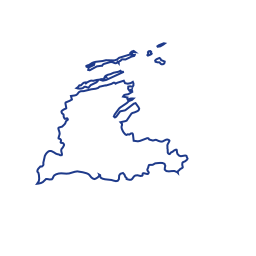 the border of Zadarska, rotated 118°
{"feature_id": "HRV-1493", "entity_name": "Zadarska", "entity_type": "County", "adm_level": 1, "iso_a3": "HRV", "parent_name": "Croatia", "parent_adm1": "", "projection": "equal_earth", "projection_center": [15.553, 44.407], "detail": "fine", "context": "isolated", "style": "outline", "palette": "blue", "viewbox_px": 256, "rotation_deg": 118, "n_neighbors": 0, "source": "natural_earth", "source_scale": "10m", "svg_char_len": 5916}
<svg xmlns="http://www.w3.org/2000/svg" viewBox="0 0 256 256"><g transform="rotate(118 128 128)"><path d="M144.2,62.9L143.9,63.8L144.2,66.9L145.6,69.3L147.1,71.5L148.0,73.9L147.5,76.0L145.9,76.8L143.9,77.3L142.5,79.0L142.7,81.1L143.7,83.2L146.1,86.9L146.6,87.5L148.9,88.9L149.6,90.1L150.2,91.3L151.0,92.1L152.4,91.9L153.3,91.6L155.0,91.5L155.9,91.3L156.6,90.5L157.1,89.4L157.7,88.7L158.9,88.7L159.6,89.4L160.5,92.9L161.2,93.6L162.0,93.4L162.8,93.0L163.5,93.1L164.5,94.4L165.3,97.5L166.5,99.2L167.5,99.8L168.7,100.1L171.0,100.4L172.2,101.0L172.9,102.1L173.4,103.7L173.7,105.3L172.8,105.8L172.4,107.4L170.8,109.3L170.1,111.3L172.0,113.2L174.0,113.5L177.5,112.0L179.5,112.3L180.6,113.7L181.2,115.9L181.7,118.3L184.1,124.3L184.7,126.7L184.7,128.6L184.2,129.5L182.7,130.5L182.7,131.4L183.0,131.0L184.1,131.1L185.8,131.5L187.8,132.7L188.8,133.6L189.1,134.9L188.9,136.9L188.5,138.0L187.6,140.0L187.3,141.3L187.4,143.2L188.3,147.1L190.1,152.4L191.7,154.5L195.8,158.7L197.2,160.9L199.4,165.8L200.8,167.9L202.6,169.7L203.7,170.4L204.6,170.9L205.6,171.0L208.1,170.9L209.1,171.2L210.3,173.1L210.8,174.9L211.5,176.4L215.7,177.8L217.4,179.0L218.9,180.7L219.9,182.1L216.8,181.8L214.5,182.6L211.3,184.6L209.6,186.1L209.2,187.3L208.8,187.7L207.8,188.1L206.1,188.1L203.1,187.3L202.5,186.0L201.2,185.5L200.6,185.4L200.1,185.5L199.6,185.7L198.6,186.4L191.7,188.3L189.7,188.3L188.0,188.0L185.9,187.2L184.9,186.1L184.4,185.0L184.3,184.0L184.3,181.6L184.5,179.8L184.3,178.1L183.8,176.6L183.9,175.4L183.8,174.9L183.1,173.8L182.1,174.0L179.6,176.2L178.5,176.7L177.7,176.8L175.8,176.4L173.4,176.4L172.8,176.6L172.5,176.9L172.1,177.6L171.9,178.1L172.0,178.9L172.5,180.0L172.5,180.4L172.2,180.8L170.5,181.2L169.9,181.8L169.6,182.6L169.8,184.4L169.4,184.7L165.9,185.4L165.2,185.6L163.7,186.7L161.8,188.7L161.2,189.2L160.8,189.4L160.5,189.4L159.9,189.1L157.7,186.8L154.3,185.7L153.1,185.6L151.2,185.9L150.7,185.8L149.3,185.1L148.9,185.1L148.6,185.2L148.1,185.9L148.0,186.2L148.2,186.6L149.5,187.9L149.5,188.2L149.3,188.7L148.5,189.8L147.9,190.3L146.6,191.0L146.3,191.4L146.0,193.1L145.6,193.7L144.9,194.4L144.3,194.5L143.7,194.4L141.8,193.4L139.7,191.8L139.4,191.8L135.8,194.7L135.2,195.0L134.7,195.0L131.3,192.2L129.2,190.9L126.5,193.4L124.4,190.5L123.2,189.2L121.8,188.6L120.4,188.4L119.5,188.2L118.8,187.8L117.8,187.1L116.2,184.4L111.0,178.5L108.5,175.0L106.8,173.3L104.9,172.5L100.9,167.9L100.9,167.5L96.7,163.2L95.6,162.6L94.7,161.9L94.3,161.0L94.7,159.8L93.2,158.8L88.2,153.9L89.8,151.7L89.0,149.0L87.0,146.6L85.0,145.4L86.1,144.1L87.9,143.2L89.5,143.4L90.2,145.8L91.3,147.2L93.3,146.3L94.3,144.4L92.1,142.8L92.9,142.6L93.0,142.4L93.4,142.8L94.2,142.8L93.7,141.3L93.4,140.8L98.1,143.7L100.0,146.2L101.1,147.0L102.6,147.1L101.3,142.8L102.1,142.6L102.6,142.2L103.3,141.1L102.0,140.7L101.0,139.8L100.1,138.5L99.4,137.0L101.2,137.6L103.9,139.9L106.6,140.8L113.4,144.4L114.9,145.0L122.4,146.1L124.5,145.9L124.8,144.5L123.5,143.7L117.2,142.8L116.7,142.4L113.9,139.0L113.1,138.5L103.8,134.3L102.5,133.0L104.6,128.7L105.0,128.1L105.7,127.2L106.5,127.0L107.3,127.0L108.0,127.2L109.1,127.9L111.2,129.6L112.6,131.1L113.6,131.7L122.2,132.7L123.3,133.7L126.4,137.3L127.2,135.2L128.4,134.6L129.3,134.5L130.5,134.0L131.6,133.1L133.1,131.2L133.9,129.9L134.5,128.5L134.9,127.3L134.9,126.4L134.8,126.0L133.7,125.3L133.5,124.9L133.3,124.0L133.1,123.7L131.4,122.8L131.0,122.2L130.7,121.6L131.0,121.0L131.8,120.3L136.6,117.0L135.1,113.0L133.7,111.3L128.0,106.3L127.6,105.5L127.6,104.9L128.1,104.1L128.2,103.8L127.4,100.2L126.9,99.6L125.5,98.1L125.2,97.3L125.1,95.0L124.7,93.1L124.2,91.9L123.6,91.1L121.4,89.6L120.7,89.1L119.8,88.1L119.5,87.0L119.5,85.9L119.7,85.5L120.4,85.3L123.8,85.3L124.6,85.2L125.2,84.9L126.3,84.2L127.4,83.7L128.3,82.9L131.0,81.4L131.5,80.7L131.7,79.8L131.6,79.2L131.3,78.9L129.7,78.6L129.1,78.4L128.1,77.5L126.5,76.9L125.0,75.9L124.5,75.3L124.4,74.9L124.6,74.6L126.5,73.3L127.7,72.1L128.4,69.8L128.1,68.1L125.6,64.8L125.3,64.2L125.2,63.7L125.2,63.3L125.3,63.1L126.1,62.4L127.0,61.1L127.6,61.0L128.5,61.1L130.5,61.9L132.5,63.5L133.3,63.6L135.1,62.8L136.8,61.3L137.2,61.2L137.7,61.3L139.9,62.7L141.3,63.0L142.1,63.5L143.4,63.5L144.2,62.9ZM88.2,184.4L95.0,188.9L95.4,190.4L93.0,191.1L88.3,187.6L87.1,187.9L87.5,188.3L88.2,189.5L90.6,191.2L91.1,191.7L91.9,192.2L92.6,192.1L93.1,192.2L93.4,193.3L92.9,193.9L92.0,193.4L91.1,192.5L90.8,192.1L87.4,190.2L86.0,189.0L84.6,187.4L80.8,181.9L78.5,179.3L74.7,171.7L72.8,169.9L70.2,168.8L62.1,160.7L61.9,159.3L61.4,158.2L60.2,156.4L60.7,156.3L61.5,156.4L63.3,158.4L68.7,162.4L70.1,165.4L70.9,165.8L72.2,166.2L73.0,166.9L73.9,167.3L75.2,166.6L74.5,168.3L75.8,168.5L76.6,169.2L77.0,170.4L77.1,172.1L77.5,173.6L78.4,174.9L82.8,179.4L83.9,180.0L85.3,180.1L85.6,180.8L88.2,184.4ZM103.2,182.3L102.7,180.9L100.2,178.1L99.3,176.8L101.1,176.8L102.7,177.4L107.7,181.1L111.0,181.8L111.2,182.5L111.5,184.6L111.7,185.3L112.3,185.9L113.6,186.4L114.3,186.9L115.1,187.8L115.9,189.1L116.6,190.6L116.9,192.1L115.5,191.4L113.2,191.0L112.8,190.5L112.7,189.9L112.3,189.5L109.8,188.8L108.6,188.1L107.7,186.9L108.2,186.6L108.4,186.1L107.1,185.6L105.4,184.5L103.9,183.3L103.2,182.3ZM98.7,175.9L97.5,174.7L96.6,173.0L95.7,171.9L94.7,172.5L94.1,172.5L94.0,172.0L93.4,170.8L92.4,172.2L90.6,170.9L88.6,168.7L86.0,166.7L82.8,162.8L81.0,161.5L81.2,161.0L81.7,160.7L80.4,158.1L95.9,169.9L98.0,172.4L98.7,175.9ZM55.4,131.4L56.1,132.6L56.6,134.8L55.6,135.7L54.1,135.2L53.1,134.5L51.4,133.1L51.5,132.1L52.5,130.6L52.1,126.8L52.9,126.5L54.0,126.3L55.1,126.9L55.9,128.0L56.0,129.2L55.2,131.0L55.4,131.4ZM51.7,142.0L53.0,142.9L54.7,144.4L54.5,145.1L53.2,145.1L52.3,145.3L51.7,146.0L50.6,145.8L49.6,144.5L49.8,143.5L50.7,143.5L51.1,143.1L51.1,142.1L51.7,142.0ZM37.8,136.0L40.7,137.8L42.3,139.9L42.0,140.4L40.4,139.6L36.4,136.2L36.1,135.2L37.8,136.0ZM59.5,159.8L60.2,159.3L60.9,159.3L61.5,159.8L62.0,160.7L60.8,161.2L58.8,160.6L57.3,159.2L57.6,157.3L58.1,158.6L58.8,159.4L59.5,159.8Z" fill="none" stroke="#1e3a8a" stroke-width="2"/></g></svg>